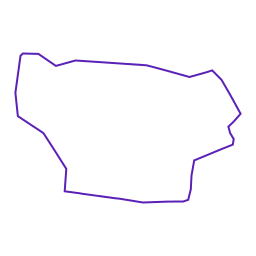 the district of Nykvarn, Stockholm, Sweden
{"feature_id": "70781695B30902194250212", "entity_name": "Nykvarn", "entity_type": "district", "adm_level": 2, "iso_a3": "SWE", "parent_name": "Sweden", "parent_adm1": "Stockholm", "projection": "natural_earth1", "projection_center": [17.413, 59.188], "detail": "fine", "context": "isolated", "style": "outline", "palette": "violet", "viewbox_px": 256, "rotation_deg": 0, "n_neighbors": 0, "source": "geoboundaries", "source_scale": "gbopen_adm2", "svg_char_len": 599}
<svg xmlns="http://www.w3.org/2000/svg" viewBox="0 0 256 256"><path d="M66.3,168.9L64.7,191.3L70.1,192.0L75.9,192.8L78.6,193.1L82.4,193.8L115.6,198.3L119.6,198.7L142.9,202.5L167.9,201.6L183.3,201.5L188.2,199.8L190.8,189.3L191.5,175.6L194.2,160.4L220.5,149.5L232.8,144.6L233.7,139.1L230.1,133.0L228.4,126.6L233.3,122.0L240.6,113.8L234.6,102.8L229.2,93.1L221.5,79.8L212.2,70.4L206.7,72.2L189.4,77.0L167.6,70.9L146.6,65.3L93.6,61.7L75.4,60.5L55.9,65.9L38.4,53.9L22.8,53.5L20.5,55.8L15.4,92.7L17.7,114.8L17.9,116.2L43.4,133.1L53.2,148.2L66.3,168.9Z" fill="none" stroke="#5b21b6" stroke-width="2"/></svg>